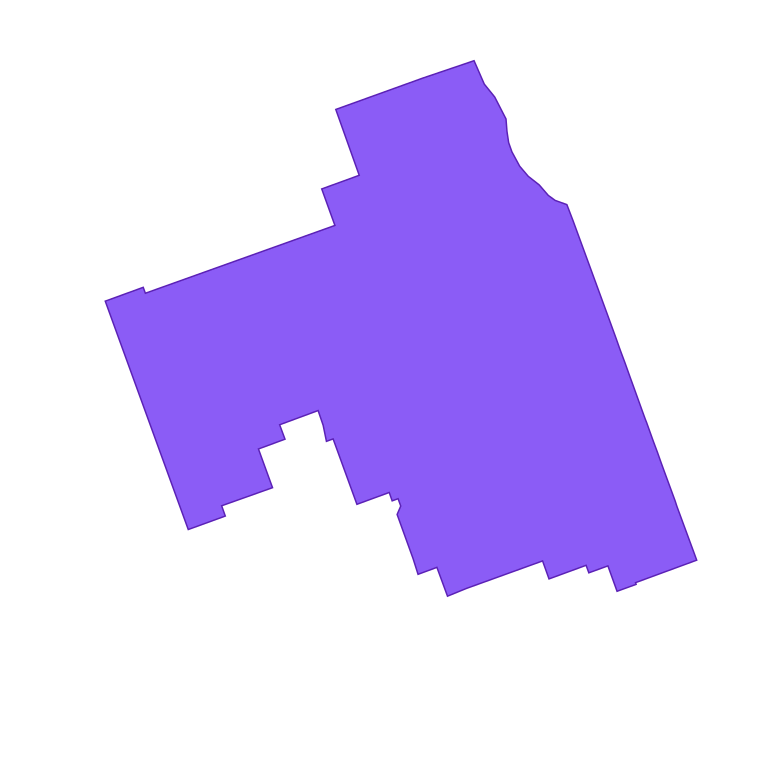 outline of Umatilla, Oregon, United States of America, rotated 70°
{"feature_id": "52423323B79537208575775", "entity_name": "Umatilla", "entity_type": "district", "adm_level": 2, "iso_a3": "USA", "parent_name": "United States of America", "parent_adm1": "Oregon", "projection": "robinson", "projection_center": [-118.594, 45.498], "detail": "fine", "context": "isolated", "style": "filled", "palette": "violet", "viewbox_px": 768, "rotation_deg": 70, "n_neighbors": 0, "source": "geoboundaries", "source_scale": "gbopen_adm2", "svg_char_len": 1106}
<svg xmlns="http://www.w3.org/2000/svg" viewBox="0 0 768 768"><g transform="rotate(70 384 384)"><path d="M453.8,617.7L453.8,578.3L442.9,578.2L443.3,524.2L402.1,524.2L402.0,495.9L386.6,496.0L386.4,455.0L402.0,455.3L418.2,457.7L418.2,450.6L487.8,450.6L487.7,416.2L496.6,416.3L496.6,410.0L504.4,410.0L511.1,416.3L558.0,416.4L574.5,417.1L574.4,397.0L605.1,396.9L604.3,376.4L604.5,295.5L623.6,295.6L623.5,256.1L631.5,256.1L631.5,235.8L658.5,235.9L658.5,215.6L656.7,215.6L656.5,150.4L649.3,150.4L600.8,150.6L599.0,150.6L593.4,150.4L562.3,150.5L559.4,150.5L553.4,150.5L552.0,150.5L541.8,150.4L530.0,150.5L510.2,150.4L506.3,150.5L496.7,150.5L471.6,150.4L461.8,150.4L446.8,150.3L434.7,150.4L432.3,150.4L430.7,150.4L420.6,150.3L409.0,150.3L408.4,150.3L401.2,150.3L394.0,150.3L295.2,150.5L278.0,150.8L270.0,160.4L263.0,165.1L250.1,170.0L238.2,177.4L225.8,182.0L209.6,184.4L199.8,184.3L188.5,182.0L176.7,178.7L152.2,181.8L136.5,187.2L111.0,188.8L109.8,242.6L109.5,335.4L179.4,335.9L179.4,375.8L218.2,375.9L217.1,577.2L210.8,577.2L210.8,617.6L453.8,617.7Z" fill="#8b5cf6" stroke="#5b21b6" stroke-width="1.5"/></g></svg>